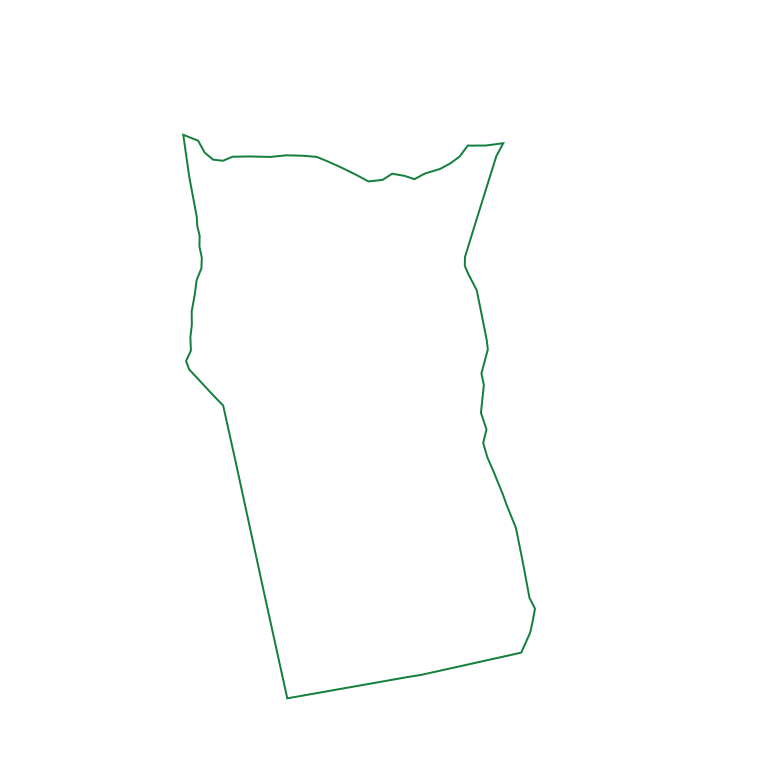 outline of Horizonte, Ceará, Brazil, rotated 73°
{"feature_id": "56859067B1428570185316", "entity_name": "Horizonte", "entity_type": "district", "adm_level": 2, "iso_a3": "BRA", "parent_name": "Brazil", "parent_adm1": "Ceará", "projection": "natural_earth1", "projection_center": [-38.493, -4.093], "detail": "fine", "context": "isolated", "style": "outline", "palette": "green", "viewbox_px": 768, "rotation_deg": 73, "n_neighbors": 0, "source": "geoboundaries", "source_scale": "gbopen_adm2", "svg_char_len": 1099}
<svg xmlns="http://www.w3.org/2000/svg" viewBox="0 0 768 768"><g transform="rotate(73 384 384)"><path d="M188.6,199.6L185.7,217.0L180.5,234.2L188.6,245.2L192.3,255.7L194.7,267.3L194.7,283.4L197.0,295.0L190.9,303.6L185.3,314.7L188.4,325.7L185.7,339.7L176.0,349.3L164.1,362.0L154.7,372.7L147.1,382.0L141.9,395.1L136.7,410.7L133.7,426.0L127.1,446.0L122.4,462.3L123.4,472.8L119.5,481.8L110.4,487.8L97.0,490.6L87.0,503.1L129.1,509.7L169.5,514.2L178.4,516.4L188.4,517.0L198.5,520.3L210.0,521.3L220.0,524.8L230.0,532.9L243.3,538.9L258.4,546.7L271.3,550.5L282.7,555.5L295.6,558.9L304.2,566.6L313.2,566.0L343.7,551.2L357.6,544.1L397.8,547.3L412.3,548.4L551.7,560.0L656.3,568.4L671.0,448.1L673.0,433.7L681.0,331.3L664.5,316.9L654.5,311.3L643.0,305.3L631.1,307.4L617.8,305.9L597.4,303.6L560.3,299.9L535.4,302.1L523.0,302.7L511.3,303.8L498.9,304.9L484.6,306.6L469.4,306.4L457.5,299.3L439.9,299.7L414.1,288.8L402.3,287.7L381.3,274.6L371.9,272.9L358.9,271.6L344.2,270.1L321.4,267.9L303.6,271.2L294.7,272.2L286.2,269.4L257.1,249.7L199.0,210.0L188.6,199.6Z" fill="none" stroke="#15803d" stroke-width="2"/></g></svg>